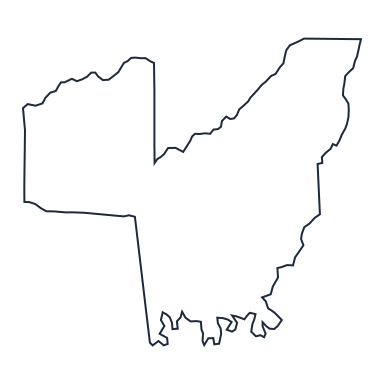 Juranda, Paraná, Brazil (Robinson projection)
{"feature_id": "56859067B47517937366548", "entity_name": "Juranda", "entity_type": "district", "adm_level": 2, "iso_a3": "BRA", "parent_name": "Brazil", "parent_adm1": "Paraná", "projection": "robinson", "projection_center": [-52.824, -24.406], "detail": "fine", "context": "isolated", "style": "outline", "palette": "slate", "viewbox_px": 384, "rotation_deg": 0, "n_neighbors": 0, "source": "geoboundaries", "source_scale": "gbopen_adm2", "svg_char_len": 2442}
<svg xmlns="http://www.w3.org/2000/svg" viewBox="0 0 384 384"><path d="M154.0,62.9L150.3,61.3L145.7,58.2L140.9,58.2L135.7,57.6L131.2,57.9L127.6,61.1L123.9,62.9L121.5,66.9L118.4,72.1L113.1,76.3L108.7,79.7L102.9,80.1L98.3,76.6L95.3,72.6L91.2,72.6L87.2,76.6L82.3,79.3L76.8,81.2L71.9,78.8L64.6,82.3L61.0,82.3L58.4,86.2L55.8,91.0L50.4,92.6L45.4,97.8L42.5,103.4L35.6,105.7L27.7,104.1L23.0,108.1L25.0,130.5L24.4,177.0L24.3,188.7L24.4,201.9L29.2,202.1L35.0,203.9L41.0,208.3L46.5,211.3L54.3,211.4L66.0,212.4L71.8,212.3L84.7,212.8L123.7,216.4L129.1,215.3L134.9,216.8L139.1,252.0L145.1,302.7L149.9,342.6L152.6,345.4L158.5,341.0L163.8,345.4L167.7,343.9L167.1,337.9L159.6,333.8L164.4,326.0L160.9,320.0L162.7,312.3L166.5,314.4L169.8,317.3L172.0,322.9L172.5,329.1L177.7,328.7L176.9,321.3L180.5,317.5L182.1,311.7L185.5,317.7L190.6,321.4L196.5,321.1L200.9,321.8L201.5,329.7L203.1,333.4L202.5,340.7L204.2,345.1L208.3,338.3L213.3,338.1L214.3,344.3L219.1,343.7L221.2,333.6L220.6,328.3L217.9,323.3L217.3,317.7L222.7,318.1L227.7,319.5L231.6,322.0L226.7,329.7L232.0,331.6L235.3,329.6L237.1,322.9L232.1,315.5L236.6,316.4L244.4,319.3L246.8,316.0L249.8,312.8L255.5,314.1L254.3,319.3L252.4,324.3L251.2,331.7L256.0,336.3L260.4,335.2L264.1,337.2L265.6,333.6L262.6,326.3L262.6,322.2L266.4,326.3L269.7,328.7L274.3,329.0L277.7,326.0L281.8,320.0L274.9,313.0L271.4,310.4L268.1,308.4L265.8,301.4L262.1,297.4L270.7,294.3L272.8,286.6L278.0,277.5L277.4,268.1L281.6,267.1L287.0,265.1L293.0,265.4L295.1,257.3L297.8,253.5L303.4,245.3L301.1,239.0L301.8,234.0L304.3,227.1L309.4,223.7L314.9,217.7L319.9,214.3L317.6,164.0L322.3,162.9L321.9,157.0L325.7,152.9L330.6,148.8L332.8,144.1L336.5,145.6L339.4,140.7L341.7,134.9L345.2,128.7L346.9,124.2L348.4,117.5L348.8,110.3L348.4,103.6L345.8,99.3L342.9,95.3L343.4,88.6L344.4,83.3L345.2,76.1L348.9,72.1L353.1,68.3L355.0,60.9L357.0,56.6L358.3,50.9L359.6,44.6L361.0,39.2L304.0,38.6L297.6,41.9L293.4,43.7L289.9,45.2L286.2,50.4L284.7,57.0L283.4,63.3L280.1,67.0L277.7,70.6L275.5,74.0L271.2,75.9L265.7,81.7L261.8,84.8L257.9,89.5L254.1,93.7L250.3,97.8L248.2,101.4L243.3,105.9L239.3,109.3L236.9,115.0L234.1,118.4L230.2,119.0L226.2,116.6L221.9,121.1L221.0,126.7L218.0,129.1L213.4,129.6L210.2,133.8L205.0,133.3L199.6,134.0L195.0,133.8L192.1,136.5L190.3,140.7L186.9,146.1L183.2,151.9L175.6,147.9L168.1,148.0L164.0,154.2L160.9,156.9L157.3,159.1L154.6,163.0L154.4,143.9L154.4,101.0L154.4,90.4L154.0,62.9Z" fill="none" stroke="#1e293b" stroke-width="2"/></svg>